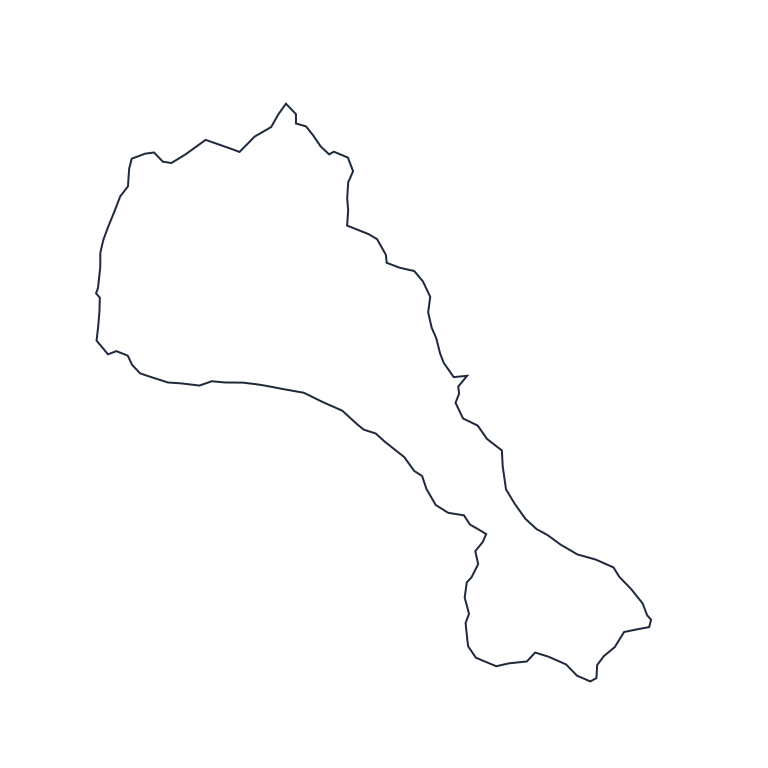 the district of Agios Therapon, Limassol, Cyprus, rotated 9°
{"feature_id": "46923920B43784935136584", "entity_name": "Agios Therapon", "entity_type": "district", "adm_level": 2, "iso_a3": "CYP", "parent_name": "Cyprus", "parent_adm1": "Limassol", "projection": "orthographic", "projection_center": [32.869, 34.783], "detail": "fine", "context": "isolated", "style": "outline", "palette": "slate", "viewbox_px": 768, "rotation_deg": 9, "n_neighbors": 0, "source": "geoboundaries", "source_scale": "gbopen_adm2", "svg_char_len": 1828}
<svg xmlns="http://www.w3.org/2000/svg" viewBox="0 0 768 768"><g transform="rotate(9 384 384)"><path d="M85.4,339.5L89.8,343.1L91.5,355.8L92.7,371.7L93.3,386.1L106.8,397.9L114.5,393.4L126.5,396.1L132.3,404.6L141.6,411.7L155.4,414.0L170.5,416.3L183.8,415.1L202.0,414.4L213.5,408.2L226.5,407.4L244.6,404.7L258.7,404.2L266.6,404.2L285.7,404.8L306.2,405.2L326.2,411.4L347.0,416.9L363.2,427.6L371.0,432.2L375.3,432.9L383.6,434.2L394.0,441.0L415.4,453.0L427.4,465.1L436.1,469.0L442.3,481.0L454.0,495.4L467.6,501.2L483.5,501.2L490.9,509.4L499.4,512.6L508.4,516.2L506.2,524.7L500.3,534.8L505.2,547.2L500.7,561.2L496.8,567.0L497.1,582.3L503.9,597.6L502.0,607.4L506.5,624.3L508.1,629.9L510.0,631.9L517.6,640.0L539.0,645.2L551.3,640.3L568.5,635.7L575.3,625.6L589.2,627.6L607.7,632.5L620.3,641.9L634.3,645.5L639.8,641.2L639.4,636.9L638.5,628.2L643.7,618.4L653.1,607.7L659.9,591.4L672.2,586.8L683.9,582.6L684.7,575.1L680.0,571.2L673.8,560.3L660.2,547.9L646.5,537.6L639.4,529.3L620.6,524.3L601.7,522.1L583.5,515.0L568.9,507.5L557.5,503.5L544.8,495.1L531.8,481.8L521.0,469.0L514.2,447.0L510.8,431.2L494.4,422.2L483.0,410.4L467.5,405.7L457.6,391.4L459.7,381.8L457.7,375.0L464.8,362.9L451.8,366.3L439.7,353.8L434.6,345.0L428.4,330.5L422.3,321.0L416.4,306.3L416.0,290.6L406.3,276.5L396.2,267.7L381.3,266.7L367.7,263.9L365.7,256.2L354.6,242.1L345.7,238.5L322.8,233.3L321.4,217.8L318.6,206.5L317.1,190.4L320.2,178.7L312.9,166.0L298.1,162.4L293.9,165.8L284.2,159.2L275.1,149.5L266.6,141.7L256.3,140.5L254.8,131.2L243.3,122.5L237.4,134.3L232.4,147.8L217.5,159.9L205.0,177.4L195.0,175.4L169.6,170.8L151.9,188.4L139.4,199.0L130.8,199.0L120.6,191.3L112.0,193.9L99.6,200.9L98.6,211.2L100.2,228.8L94.1,240.0L91.0,254.7L86.8,272.6L84.2,285.8L83.3,298.6L85.4,312.6L85.5,313.6L86.5,333.8L85.4,339.5Z" fill="none" stroke="#1e293b" stroke-width="2"/></g></svg>